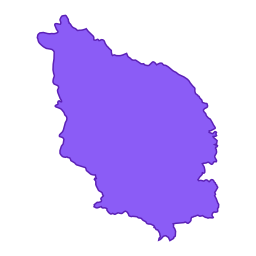 outline of Tan Son, Phú Thọ, Vietnam
{"feature_id": "81297802B30557639912850", "entity_name": "Tan Son", "entity_type": "district", "adm_level": 2, "iso_a3": "VNM", "parent_name": "Vietnam", "parent_adm1": "Phú Thọ", "projection": "orthographic", "projection_center": [104.995, 21.19], "detail": "fine", "context": "isolated", "style": "filled", "palette": "violet", "viewbox_px": 256, "rotation_deg": 0, "n_neighbors": 0, "source": "geoboundaries", "source_scale": "gbopen_adm2", "svg_char_len": 5793}
<svg xmlns="http://www.w3.org/2000/svg" viewBox="0 0 256 256"><path d="M169.9,240.6L173.6,238.4L173.6,237.6L173.7,237.3L174.6,236.8L175.2,236.2L175.3,235.8L175.6,231.3L174.8,229.0L174.3,228.0L173.6,227.4L173.5,227.0L173.6,224.8L173.2,223.8L175.9,223.3L184.0,222.6L185.0,222.1L185.6,222.1L187.3,223.2L188.3,223.2L189.9,221.9L190.9,220.6L191.1,218.6L191.5,217.6L191.7,217.3L193.1,217.0L193.9,216.4L194.8,216.4L197.3,215.3L197.9,215.3L198.3,215.4L199.4,216.1L200.0,216.2L201.6,215.9L202.4,215.6L205.3,217.3L206.8,217.6L208.0,218.1L209.6,217.7L212.3,217.9L213.1,217.7L213.3,217.4L212.4,216.2L212.0,215.4L212.1,214.4L212.6,213.1L213.7,212.2L214.4,212.0L215.0,212.2L215.9,212.2L217.4,211.7L217.6,211.5L217.7,210.4L217.6,209.3L217.6,208.5L218.5,207.4L218.7,204.5L218.5,204.0L217.8,203.0L216.2,198.6L214.6,195.7L215.5,194.4L215.5,194.2L215.1,193.4L214.7,192.3L215.3,191.7L217.7,187.5L217.6,187.0L216.8,185.9L216.7,185.1L215.8,184.4L215.3,182.9L214.3,182.1L213.6,180.6L212.7,179.8L211.7,179.6L211.1,179.8L210.3,180.4L209.6,181.5L209.2,181.7L208.9,181.6L207.3,180.2L206.5,179.9L205.5,180.0L203.8,181.1L201.0,180.4L200.0,180.4L198.8,180.7L198.2,180.2L197.9,179.6L198.6,178.8L199.6,177.1L202.0,174.6L202.2,174.3L202.3,172.8L202.4,172.7L203.5,173.2L203.8,173.2L204.2,173.0L204.8,172.2L204.8,170.0L204.2,167.1L202.3,163.7L203.3,163.3L206.1,163.0L207.3,162.4L208.2,162.3L208.8,162.4L210.9,164.0L211.6,164.3L212.5,164.0L213.5,162.4L214.0,161.9L214.4,161.7L216.3,161.7L216.5,161.2L216.5,160.3L216.2,159.8L214.8,157.3L214.7,156.3L214.8,155.9L216.3,153.2L216.6,152.0L216.2,149.2L215.6,148.7L215.5,148.0L215.8,147.2L216.7,147.0L217.3,146.4L217.5,145.8L217.5,145.5L216.9,145.1L215.9,145.1L214.7,144.6L216.3,143.9L216.6,143.6L217.1,140.6L213.4,137.3L213.1,136.5L215.8,136.2L216.6,135.6L216.2,134.9L215.9,133.6L216.5,132.5L216.3,132.1L215.2,131.6L214.9,131.6L212.8,133.5L212.3,133.6L209.1,132.4L209.3,130.8L210.3,130.9L211.4,130.4L215.1,128.4L215.2,127.7L214.6,126.6L213.5,125.0L212.3,122.6L210.5,119.5L210.0,118.9L208.4,118.0L206.7,116.1L206.3,115.6L205.9,114.1L205.4,113.3L203.7,111.4L203.5,110.7L203.5,109.8L204.6,108.6L206.6,107.6L207.4,106.9L207.6,105.8L207.1,103.9L206.7,103.5L205.3,103.4L202.4,102.4L201.8,100.1L199.6,97.7L199.1,96.4L198.1,95.9L197.7,95.2L195.7,93.7L195.4,93.2L194.8,91.1L194.9,88.8L194.8,88.3L194.6,87.9L192.5,85.8L189.9,82.5L189.3,81.3L187.5,79.3L183.9,76.9L178.7,74.5L175.9,72.3L173.8,71.3L172.6,70.5L169.8,68.1L167.9,66.6L165.8,65.4L163.8,65.1L162.7,64.2L162.2,63.4L161.7,63.2L160.5,63.1L159.8,63.2L157.4,64.3L156.7,64.8L154.9,62.7L153.6,61.9L152.5,62.0L149.5,64.9L148.9,65.4L148.4,65.5L147.1,65.5L145.1,65.0L144.4,64.7L143.7,63.7L142.3,63.9L141.1,63.8L135.9,60.3L135.5,60.1L133.1,60.2L131.6,59.6L130.4,58.3L128.3,56.9L127.7,56.1L126.6,53.4L122.4,55.1L120.5,55.6L119.0,55.7L116.3,55.6L114.5,54.9L113.7,55.0L112.6,55.5L112.0,54.8L111.8,54.1L111.4,52.6L111.3,50.4L109.2,48.5L108.0,47.1L106.8,46.0L105.2,43.5L104.3,41.1L103.6,40.3L102.7,39.8L101.7,39.7L101.1,39.7L100.2,40.4L99.0,40.6L98.1,39.5L97.6,39.3L95.5,40.2L94.1,40.0L93.9,39.8L93.8,39.1L93.8,37.2L93.2,36.1L88.3,31.4L86.2,28.7L85.5,29.1L82.4,30.0L80.9,30.2L79.7,30.2L77.7,30.5L76.8,29.9L75.6,28.7L73.4,27.7L72.4,27.0L71.3,25.7L70.8,24.7L70.0,23.7L69.1,23.1L69.1,22.3L68.5,21.6L68.3,19.4L66.2,15.9L65.5,15.4L63.2,15.7L62.0,16.0L61.0,17.3L60.1,19.3L60.0,20.0L60.8,22.3L60.8,23.1L60.4,24.2L59.4,24.2L57.2,23.7L56.1,23.6L55.2,23.8L54.8,24.4L54.8,25.2L56.1,28.4L56.5,29.4L57.9,31.3L57.9,32.0L57.7,32.4L56.5,33.1L54.7,33.6L53.0,33.7L51.9,33.5L49.8,33.8L47.8,33.6L43.3,32.5L39.9,32.9L38.5,34.0L37.8,35.0L37.3,37.8L37.9,38.9L38.1,40.2L38.6,41.8L39.6,43.3L41.7,45.3L43.5,46.8L46.3,48.4L50.6,49.1L52.2,49.6L53.6,50.9L54.2,52.0L54.0,58.9L53.2,64.2L53.0,69.9L53.7,73.6L54.3,75.2L54.2,76.5L53.4,78.7L53.1,80.1L53.0,82.0L53.4,82.9L54.1,84.0L57.7,85.6L58.3,86.3L58.6,87.4L58.3,88.5L57.7,89.6L57.5,90.7L57.9,92.7L60.1,98.3L61.4,100.5L61.6,101.2L61.5,101.8L61.0,101.8L60.4,101.6L59.2,100.8L58.3,101.2L57.8,102.2L58.0,103.9L57.8,104.3L55.7,105.3L55.3,105.7L55.2,106.2L55.9,106.9L57.4,107.4L60.6,108.7L62.1,110.1L64.0,112.5L64.8,114.9L66.4,116.5L66.8,117.7L66.9,118.7L66.6,120.4L65.4,122.5L63.4,129.9L62.6,131.7L59.8,134.5L59.4,135.3L59.5,136.5L62.3,137.4L63.2,138.1L63.9,139.3L63.2,143.8L61.4,146.2L60.6,148.6L60.0,150.6L60.0,153.3L60.7,154.6L62.3,156.4L63.7,157.0L65.8,157.3L66.7,156.9L67.2,157.0L67.8,157.5L69.7,157.9L70.5,159.3L70.9,160.6L74.7,162.9L75.5,163.9L76.5,164.8L85.4,167.6L85.9,168.5L86.4,170.5L90.3,173.8L91.2,174.4L93.2,174.9L95.4,175.0L95.8,177.2L96.4,178.4L95.9,178.9L94.8,178.4L94.3,179.3L95.5,180.8L95.8,181.7L95.8,184.4L96.2,185.8L98.5,190.3L99.2,190.9L101.5,192.2L102.2,192.9L102.6,194.6L103.4,195.8L101.1,198.1L100.9,198.6L100.9,199.1L101.5,200.2L101.4,200.9L101.0,201.6L100.7,201.8L98.3,202.4L97.2,202.3L94.8,204.2L94.5,204.7L94.2,204.8L94.4,205.9L94.0,206.7L96.1,207.8L97.0,207.9L97.7,207.8L101.2,206.6L101.8,207.5L102.3,207.8L103.0,208.0L104.8,207.8L106.1,208.2L107.0,208.9L106.9,210.0L107.0,210.3L108.6,212.5L109.9,213.5L110.7,214.0L111.3,214.0L112.7,213.4L114.3,214.2L115.0,214.3L118.0,212.8L120.4,213.4L121.6,213.5L122.2,213.3L124.4,211.6L125.0,211.3L125.6,211.2L127.5,212.4L127.8,213.2L128.4,213.8L128.5,214.6L129.1,215.8L130.0,216.2L131.3,216.6L132.5,216.3L136.6,216.7L137.2,216.9L138.0,217.6L138.6,217.9L140.3,218.1L141.3,218.4L142.7,220.0L143.6,220.6L145.2,221.4L145.9,221.9L146.5,223.0L147.1,223.6L149.0,224.1L150.0,224.0L151.4,224.4L152.4,225.0L153.4,225.4L154.1,226.0L154.2,226.3L154.0,227.4L154.8,227.4L155.3,228.4L156.2,229.6L156.7,229.8L157.6,229.8L159.2,232.3L159.8,233.6L159.9,234.9L160.4,236.2L159.9,237.5L159.1,238.2L158.7,240.2L160.3,239.5L161.5,238.4L163.3,236.4L164.4,235.9L165.1,235.9L165.6,235.7L166.2,235.9L167.2,236.7L168.4,237.4L169.9,240.6Z" fill="#8b5cf6" stroke="#5b21b6" stroke-width="1.5"/></svg>